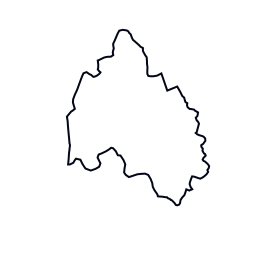 Al-Hawiga, At-Ta'mim, Iraq (Natural Earth projection), rotated 64°
{"feature_id": "34846034B30595990417134", "entity_name": "Al-Hawiga", "entity_type": "district", "adm_level": 2, "iso_a3": "IRQ", "parent_name": "Iraq", "parent_adm1": "At-Ta'mim", "projection": "natural_earth1", "projection_center": [43.785, 35.263], "detail": "fine", "context": "isolated", "style": "outline", "palette": "ink", "viewbox_px": 256, "rotation_deg": 64, "n_neighbors": 0, "source": "geoboundaries", "source_scale": "gbopen_adm2", "svg_char_len": 2593}
<svg xmlns="http://www.w3.org/2000/svg" viewBox="0 0 256 256"><g transform="rotate(64 128 128)"><path d="M196.7,71.9L195.4,72.1L194.1,72.6L191.9,73.5L190.7,74.5L189.2,74.8L187.9,73.2L186.9,70.3L185.2,70.1L184.4,70.8L182.6,71.0L181.0,71.0L179.4,69.8L177.4,70.3L175.6,69.8L175.2,67.4L173.4,64.1L171.2,63.2L168.9,63.9L167.7,64.9L165.8,67.0L164.1,68.5L162.2,69.3L162.0,68.2L156.0,63.0L155.3,62.3L153.2,62.3L151.1,62.9L148.5,62.6L147.6,60.3L144.7,58.2L143.4,59.1L141.8,60.2L140.5,60.5L138.8,62.7L137.8,64.3L135.5,65.3L133.3,65.0L131.7,63.8L130.4,64.7L129.5,65.0L127.2,64.6L125.3,64.2L125.1,64.3L123.0,65.2L118.8,65.2L115.1,65.4L112.3,65.6L111.6,76.3L93.6,74.1L93.7,78.9L92.7,82.3L91.5,84.9L90.1,86.9L87.8,86.9L85.5,85.8L81.8,83.8L78.7,82.8L75.9,81.5L72.6,80.2L70.3,80.6L67.0,80.8L65.7,80.8L64.8,80.6L62.7,79.5L60.5,81.1L58.0,81.9L55.1,83.1L52.5,84.2L50.9,84.9L48.3,84.9L45.0,84.5L43.3,85.2L41.2,85.4L39.8,86.3L38.4,88.3L37.4,89.9L36.7,93.2L38.5,95.8L43.3,101.3L45.9,104.5L48.6,105.5L50.1,105.8L51.8,107.3L52.5,107.9L53.5,108.6L55.3,109.1L56.0,109.3L56.4,112.1L55.4,114.3L54.6,116.6L54.2,118.7L54.2,120.7L54.2,123.2L54.2,125.2L54.1,125.6L55.9,126.2L57.9,126.9L60.7,128.3L62.1,129.5L64.4,129.0L65.9,128.3L66.2,128.7L66.9,130.6L67.3,133.0L67.3,134.2L67.2,135.3L67.1,136.2L66.6,136.9L64.4,137.7L62.6,139.1L59.6,140.8L59.5,141.9L59.3,144.0L61.4,146.6L67.7,153.2L71.2,156.8L74.9,161.3L78.0,164.6L80.8,166.3L82.5,166.6L87.5,167.4L87.6,168.0L88.1,169.8L88.3,171.9L89.1,173.7L91.0,177.9L95.5,179.3L99.4,180.9L104.3,182.8L113.9,186.4L116.1,187.3L117.9,187.6L125.2,192.3L129.6,194.8L133.2,197.0L134.5,197.8L135.3,196.2L135.3,192.4L133.7,190.1L132.8,188.2L135.6,184.7L140.3,184.7L143.7,184.3L145.8,184.0L149.9,180.1L150.5,175.2L150.2,170.9L147.7,168.3L144.3,168.3L141.2,168.3L139.0,166.0L139.3,162.5L139.3,157.9L139.0,154.9L138.4,151.8L139.6,150.3L143.7,149.1L148.0,149.1L149.5,146.8L155.1,146.1L159.5,146.4L162.6,148.7L166.3,151.0L169.1,150.6L172.5,148.7L173.1,144.5L173.7,139.9L174.9,136.5L176.5,132.7L179.0,130.4L183.9,130.0L188.3,130.4L191.7,131.5L195.1,131.5L200.6,130.7L202.5,131.1L202.8,130.7L204.2,128.3L205.0,126.9L205.9,125.7L206.9,124.3L207.3,123.3L208.7,122.9L209.9,121.7L210.8,121.2L211.3,121.2L211.8,120.5L213.0,120.0L216.0,119.0L218.0,118.8L219.0,117.8L219.3,115.7L218.4,114.2L215.8,112.4L214.2,109.7L213.1,106.8L210.9,104.5L208.7,102.5L211.1,100.3L211.2,97.1L208.4,97.6L205.4,97.2L203.8,96.0L201.4,93.6L199.6,91.6L200.6,90.0L204.0,86.6L205.2,85.3L205.2,82.9L204.8,80.4L204.1,77.9L202.6,75.2L200.6,75.1L199.4,73.0L197.7,71.7L196.7,71.9Z" fill="none" stroke="#020617" stroke-width="2"/></g></svg>